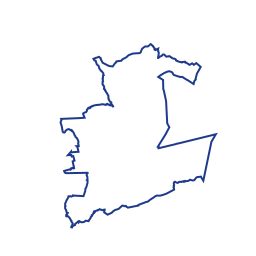 Ajacuba, Hidalgo, Mexico, rotated 158°
{"feature_id": "50627088B1222812133050", "entity_name": "Ajacuba", "entity_type": "district", "adm_level": 2, "iso_a3": "MEX", "parent_name": "Mexico", "parent_adm1": "Hidalgo", "projection": "albers", "projection_center": [-99.07, 20.107], "detail": "fine", "context": "isolated", "style": "outline", "palette": "blue", "viewbox_px": 256, "rotation_deg": 158, "n_neighbors": 0, "source": "geoboundaries", "source_scale": "gbopen_adm2", "svg_char_len": 5752}
<svg xmlns="http://www.w3.org/2000/svg" viewBox="0 0 256 256"><g transform="rotate(158 128 128)"><path d="M199.5,56.4L198.2,57.5L197.8,57.6L196.6,58.4L196.0,59.3L194.6,59.8L194.4,60.0L194.4,60.7L194.3,60.8L194.1,60.8L193.7,60.6L192.1,61.8L191.5,62.0L191.2,61.9L190.9,62.1L191.2,62.8L190.7,63.0L190.6,63.4L190.3,63.4L190.0,62.9L189.8,62.8L189.4,63.1L189.0,63.2L187.8,63.2L187.1,62.9L186.5,63.3L186.0,63.1L184.8,63.4L184.5,63.2L184.1,62.6L183.3,62.2L182.7,61.4L181.8,61.3L180.7,61.3L180.2,61.1L180.4,60.6L181.1,59.9L181.7,58.8L179.4,55.3L174.7,55.5L173.4,56.2L170.8,56.8L167.1,56.5L162.3,58.2L161.2,57.5L160.8,57.0L160.2,56.6L159.2,56.6L158.7,55.3L157.9,54.2L147.4,52.2L147.1,52.8L138.8,52.6L137.3,52.3L133.9,53.3L130.5,53.9L128.2,54.5L126.3,54.5L124.3,53.5L122.2,53.0L117.2,52.7L108.3,53.6L108.1,54.4L108.1,55.7L108.0,55.9L107.4,56.3L107.2,57.1L107.3,57.3L106.6,57.9L106.4,59.3L105.9,60.1L105.3,60.5L104.6,60.6L103.8,59.5L102.8,58.7L102.5,58.5L101.8,58.6L101.4,58.8L100.4,58.8L100.2,58.6L98.9,58.3L98.7,58.0L97.7,57.9L97.0,58.0L96.4,57.1L96.2,57.1L95.9,57.5L95.5,57.2L94.9,57.6L94.6,57.4L94.4,57.0L92.0,56.4L91.5,56.4L89.8,56.8L87.9,55.2L86.4,54.8L85.5,55.1L83.6,56.3L82.9,56.5L81.9,56.5L80.8,56.1L78.8,55.7L78.5,55.5L78.6,54.8L77.9,50.9L55.8,84.0L48.9,89.3L87.7,94.9L87.9,95.1L89.9,95.2L106.6,97.7L107.2,97.8L106.6,99.2L106.8,99.2L106.6,99.6L107.0,99.7L95.6,108.0L89.4,113.2L89.9,117.6L82.6,138.7L80.7,149.5L80.8,150.6L77.5,159.4L80.8,164.0L78.1,164.7L73.8,165.4L70.3,165.5L68.5,165.2L66.5,163.5L66.0,162.3L66.0,161.0L65.6,160.0L62.6,157.4L61.5,156.5L61.1,156.4L60.5,155.7L58.6,155.1L55.2,150.4L54.8,150.1L50.7,144.2L49.0,146.6L47.4,147.4L47.5,147.5L43.7,152.6L37.7,157.4L38.4,158.8L40.4,162.6L42.9,162.0L43.1,161.9L43.3,161.9L44.3,163.9L47.3,163.5L50.2,167.8L50.5,167.4L51.3,168.3L52.1,168.6L53.2,168.9L53.5,168.6L54.6,169.5L54.9,169.6L55.1,169.8L56.5,170.8L56.9,171.5L58.0,172.3L58.2,172.8L58.0,173.5L58.1,173.9L58.7,174.7L59.0,174.9L59.6,175.1L60.1,175.5L61.1,176.6L61.2,177.1L61.8,177.6L62.1,178.4L62.5,178.7L62.9,179.3L63.8,179.2L65.2,179.8L65.8,179.8L66.8,182.3L67.4,182.9L68.1,183.0L68.6,182.9L69.5,182.3L72.7,182.1L73.1,181.7L73.9,181.3L74.1,181.0L73.9,181.9L72.4,184.1L71.3,186.2L71.2,187.6L71.3,188.0L71.0,188.4L70.9,189.5L70.3,190.3L71.5,190.3L71.7,189.9L72.6,190.1L73.3,189.9L73.6,190.1L74.0,191.1L73.4,191.7L73.8,192.6L74.0,193.8L74.2,194.1L74.0,194.4L74.1,194.8L74.8,195.6L75.0,196.4L75.6,197.3L78.4,196.3L79.1,196.2L81.6,197.2L83.3,196.8L85.2,196.2L86.9,194.6L87.9,193.4L89.2,193.1L95.5,195.2L100.2,195.3L103.0,194.2L107.2,193.8L109.0,192.9L113.8,194.1L114.4,193.3L115.8,192.9L119.1,190.8L122.3,192.5L127.0,197.9L127.5,201.9L127.1,202.9L127.6,203.5L128.1,204.8L131.2,205.0L131.5,205.1L134.1,205.1L133.8,203.3L132.8,202.5L133.1,198.8L132.7,197.8L132.0,196.8L132.1,195.5L132.3,194.6L132.1,194.2L132.2,193.7L132.1,192.8L131.7,191.8L131.7,191.2L131.1,190.5L130.8,189.8L130.8,188.8L130.4,188.2L130.5,187.5L130.9,186.7L130.8,186.1L131.3,186.1L131.7,185.8L132.4,183.9L133.0,183.5L133.0,182.8L133.3,182.4L133.3,181.8L133.7,181.2L133.7,180.6L134.3,180.3L134.4,179.8L134.7,179.4L134.9,178.9L134.9,178.3L135.2,178.0L135.3,177.7L134.6,175.9L134.8,175.2L134.9,174.5L135.1,174.1L135.5,173.7L135.6,173.1L135.0,172.5L135.2,171.7L134.9,171.4L135.1,170.6L134.9,170.4L134.8,169.0L134.3,168.0L134.5,167.5L134.1,165.1L134.3,164.6L134.8,163.8L134.8,163.1L135.2,162.4L135.2,162.1L135.0,161.8L135.2,161.5L134.9,160.2L134.9,159.3L134.0,158.2L133.9,157.7L134.0,157.4L134.3,157.0L134.8,156.8L135.1,156.4L134.1,155.5L134.0,154.9L133.8,154.7L133.7,153.7L134.0,153.7L134.2,154.6L134.8,155.0L134.9,155.3L136.3,155.8L136.6,156.1L136.8,156.4L136.8,156.9L137.0,157.1L137.9,157.3L138.1,158.1L138.9,158.2L140.0,157.7L140.4,158.2L140.9,158.4L141.5,158.9L142.3,159.2L142.4,159.4L142.7,159.6L144.4,160.0L144.8,160.0L146.4,160.5L147.0,160.5L147.6,160.9L150.9,161.6L152.1,161.7L152.4,161.5L152.9,161.8L153.5,161.5L153.9,161.6L154.3,161.5L154.9,161.7L155.1,161.5L154.9,161.2L155.0,161.0L155.5,160.8L155.7,161.2L156.1,161.4L156.5,161.5L157.1,160.9L157.7,161.3L158.4,160.7L158.8,160.6L159.4,160.2L159.4,159.8L159.9,159.1L161.0,158.4L162.1,158.6L164.1,158.3L164.4,157.8L164.4,153.8L169.1,155.3L186.6,161.5L186.6,161.0L186.9,160.1L187.6,159.5L188.3,158.6L188.6,157.7L188.7,155.0L189.9,149.0L189.7,148.2L188.5,147.6L187.8,147.9L187.2,148.6L185.6,149.3L183.9,149.3L183.2,149.1L182.2,147.7L181.5,147.6L180.9,147.0L180.9,146.7L181.3,146.4L181.1,146.0L180.6,145.6L180.3,144.9L180.1,141.7L180.2,141.2L179.9,140.2L180.0,139.3L179.3,138.0L179.0,136.5L179.0,134.4L179.1,133.7L180.1,132.2L180.2,131.9L180.1,131.4L180.5,129.7L182.5,130.4L182.1,129.4L182.1,128.7L182.8,124.5L190.0,126.8L190.0,127.1L189.9,127.3L193.9,125.3L190.6,124.3L190.9,122.7L189.3,122.4L189.8,117.8L191.8,117.8L193.0,110.9L193.4,110.9L193.5,111.6L194.1,111.5L194.2,111.8L195.8,111.9L196.0,111.3L196.9,111.4L197.1,111.0L197.7,111.5L203.3,112.1L203.4,111.1L203.2,110.4L202.8,109.7L201.8,109.1L182.2,101.6L182.2,101.4L183.2,101.0L184.0,99.9L184.0,98.0L184.2,97.1L185.0,95.5L185.5,95.2L185.0,94.8L186.1,92.3L189.0,88.5L190.3,87.6L191.1,85.8L194.8,81.5L203.5,85.6L203.9,85.8L204.1,86.0L204.3,85.6L206.4,85.7L207.0,86.4L208.3,86.7L208.5,86.9L208.9,86.9L209.1,86.2L212.0,84.0L214.7,81.3L215.3,79.5L215.2,79.0L215.7,78.8L215.9,78.3L216.4,77.0L216.1,74.9L216.3,74.6L216.5,72.3L215.7,71.8L216.6,71.0L217.7,70.7L218.3,69.6L218.3,69.3L217.8,68.9L216.8,68.8L215.9,66.7L215.7,66.1L215.6,64.1L215.2,63.3L215.6,62.7L215.0,60.5L215.1,60.1L215.8,59.2L217.7,57.5L217.8,57.2L217.1,56.8L216.5,57.6L216.1,57.8L216.1,57.7L214.8,57.9L213.5,57.9L213.2,58.7L209.2,60.0L209.1,58.9L207.9,59.7L207.1,58.6L206.5,58.1L205.8,57.7L204.9,57.6L204.2,57.4L203.7,57.4L202.1,57.9L201.5,57.7L199.5,56.4Z" fill="none" stroke="#1e3a8a" stroke-width="2"/></g></svg>